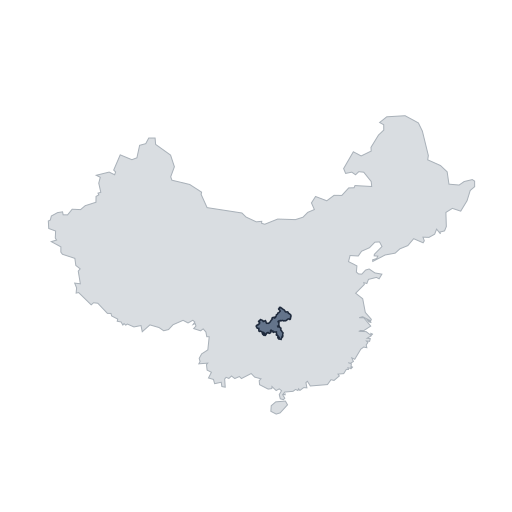 Chongqing on a map of China (Mercator projection), rotated 6°
{"feature_id": "CHN-1154", "entity_name": "Chongqing", "entity_type": "Municipality", "adm_level": 1, "iso_a3": "CHN", "parent_name": "China", "parent_adm1": "", "projection": "mercator", "projection_center": [107.845, 30.195], "detail": "fine", "context": "in_parent", "style": "filled", "palette": "slate", "viewbox_px": 512, "rotation_deg": 6, "n_neighbors": 0, "source": "natural_earth", "source_scale": "10m", "svg_char_len": 8827}
<svg xmlns="http://www.w3.org/2000/svg" viewBox="0 0 512 512"><g transform="rotate(6 256 256)"><path d="M282.0,387.1L273.0,383.6L272.2,379.7L273.8,377.6L267.4,376.6L263.5,373.4L254.3,379.4L252.1,377.6L247.7,380.1L244.2,377.9L241.8,380.6L238.9,379.8L237.7,381.6L239.1,389.7L235.7,389.4L234.6,385.2L228.2,387.3L226.6,383.2L221.5,382.3L223.8,376.3L219.3,374.6L218.1,369.2L219.2,367.6L210.4,369.2L211.4,366.8L210.2,363.7L212.2,359.0L217.9,354.4L217.9,341.2L215.5,341.4L214.1,336.8L211.1,334.0L208.7,336.2L201.6,334.7L203.6,331.9L202.6,329.6L200.6,330.7L202.1,328.1L199.9,326.5L195.4,329.7L190.2,327.6L180.7,333.0L176.7,338.3L172.0,340.0L167.1,337.3L157.7,335.6L150.8,343.2L148.9,337.2L142.0,339.3L135.1,337.1L133.7,338.4L131.8,337.0L130.8,338.6L128.7,335.7L124.8,335.4L125.1,333.2L118.7,330.7L117.8,328.3L114.2,328.6L103.6,319.5L99.3,319.5L97.2,321.8L83.4,310.9L81.0,311.7L80.9,306.4L78.5,301.9L84.2,302.0L80.8,289.6L82.5,287.2L77.8,284.2L76.1,277.3L63.3,274.5L61.5,272.5L61.0,267.3L50.9,263.1L56.0,261.0L54.5,259.1L54.1,252.1L47.0,250.3L45.8,242.9L47.7,241.7L48.3,237.6L54.1,233.6L59.0,232.3L59.9,235.2L64.3,234.8L68.3,228.7L76.7,228.2L80.9,223.8L91.2,219.3L90.7,213.5L93.3,211.6L92.3,210.0L95.0,208.9L92.0,200.0L92.9,194.0L88.7,192.4L101.2,187.9L106.9,190.0L107.6,187.1L105.5,185.4L110.4,169.6L122.5,173.2L127.3,170.8L128.7,158.1L134.6,155.8L137.0,149.9L143.3,149.2L144.5,155.5L160.5,164.6L165.5,175.8L162.9,186.1L164.4,189.4L182.6,191.8L195.2,198.2L195.0,200.5L202.3,213.0L237.5,214.7L242.0,218.3L252.7,222.0L258.1,220.9L258.1,222.9L261.4,223.5L273.7,217.0L291.4,215.7L298.7,212.5L302.9,207.2L309.2,203.7L305.6,197.4L309.0,190.6L320.6,193.7L327.3,187.5L335.0,186.8L341.1,178.6L346.4,177.9L347.1,175.6L363.8,174.8L362.8,169.9L354.4,161.4L349.4,161.4L346.5,164.8L342.5,162.6L336.5,164.5L334.0,159.9L341.9,142.2L350.1,145.5L359.6,139.6L359.0,135.9L365.2,122.9L369.9,117.4L369.3,112.1L365.0,110.3L371.5,103.9L389.6,100.9L403.6,106.7L408.4,114.4L416.9,138.1L416.7,142.4L430.1,146.8L437.3,152.3L440.4,164.4L450.6,164.2L455.2,160.2L463.1,157.4L465.6,158.7L466.2,164.2L462.2,168.4L460.1,179.0L454.9,190.0L446.3,188.1L440.3,192.8L442.2,206.8L440.9,211.3L436.4,213.0L437.1,214.7L432.8,210.4L431.4,215.6L426.1,219.4L420.1,219.8L421.8,223.3L420.8,225.4L411.0,222.3L405.9,229.8L398.4,233.8L394.1,238.6L384.3,241.5L372.7,249.2L372.4,247.6L376.3,245.9L377.2,243.4L373.5,243.5L373.5,242.0L380.3,233.4L377.4,229.1L372.8,229.8L368.0,235.9L360.5,240.2L357.7,245.3L349.5,245.7L348.6,251.9L357.4,255.3L357.5,261.5L359.8,263.1L363.1,263.0L366.5,258.5L369.9,257.1L376.0,260.4L383.1,260.9L380.8,265.8L378.0,264.7L370.3,267.5L369.1,271.8L366.0,271.2L366.7,273.0L359.0,282.6L366.6,287.4L370.6,300.7L377.3,306.9L376.9,308.5L368.3,305.2L365.0,306.6L369.7,306.2L377.4,313.7L370.9,319.0L367.8,319.1L366.1,320.2L373.4,319.7L379.1,323.2L375.1,326.2L378.3,326.2L377.9,329.0L374.7,329.0L376.3,330.4L374.9,332.9L375.8,335.6L372.6,335.3L369.9,337.8L365.0,348.4L361.9,347.3L363.9,350.8L361.0,352.9L358.8,352.4L362.1,353.3L362.1,358.0L359.1,357.5L359.8,359.2L357.7,359.3L355.5,363.8L349.9,364.9L351.4,366.6L346.6,371.6L343.5,371.2L340.5,376.4L323.6,379.6L320.2,375.2L318.9,376.7L320.4,381.8L317.2,381.9L313.7,385.1L312.2,383.6L311.8,385.4L309.3,384.6L307.0,386.7L298.8,388.3L297.0,391.2L299.5,394.4L298.3,396.0L295.1,395.5L293.6,391.4L295.5,387.3L293.0,385.7L290.1,387.7L285.5,384.1L285.6,386.2L282.0,387.1ZM300.4,397.2L302.9,400.7L296.4,409.5L292.6,411.1L287.0,408.9L286.8,403.3L290.9,399.0L300.4,397.2ZM377.6,310.2L375.2,309.7L373.1,307.7L374.8,308.1L377.6,310.2ZM380.5,321.6L378.7,322.0L378.3,321.0L380.5,321.6ZM363.6,356.4L362.7,357.6L362.8,356.1L363.6,356.4ZM297.9,390.8L299.5,390.2L299.4,391.1L297.9,390.8Z" fill="#d9dde1" stroke="#a8b0b8" stroke-width="1"/><path d="M280.9,315.8L281.1,315.7L281.7,315.2L281.8,315.0L281.9,314.8L281.7,314.6L281.9,314.3L282.2,314.0L282.2,313.8L282.5,312.7L282.4,312.4L282.5,312.3L283.4,311.7L283.5,311.5L283.5,311.1L283.7,310.7L283.7,310.4L283.8,310.3L284.4,310.1L284.6,310.0L285.0,309.6L285.3,308.9L285.7,308.6L285.8,308.4L285.8,308.2L285.7,308.0L285.6,307.8L285.5,307.6L285.1,307.3L284.2,306.7L284.0,306.3L284.4,305.8L284.6,305.5L284.7,305.4L285.0,305.4L285.0,305.2L284.7,304.9L284.7,304.7L284.9,304.6L285.8,304.5L286.2,304.7L286.8,305.2L287.4,305.4L287.6,305.7L288.3,306.1L288.7,306.2L289.5,306.6L289.9,306.9L290.3,307.3L290.8,308.2L291.0,308.4L291.4,308.5L293.0,308.3L293.2,308.2L293.6,308.4L293.9,308.7L294.1,309.0L294.1,309.6L294.3,309.7L294.8,309.8L295.5,310.0L295.7,310.3L296.6,310.8L296.7,311.0L297.0,311.5L296.9,312.1L297.1,312.5L297.1,312.8L296.8,313.0L296.7,313.2L296.7,313.4L296.7,313.5L296.9,313.9L296.9,314.2L296.8,314.5L296.8,314.9L296.8,315.1L296.5,315.5L296.3,315.6L295.9,315.6L295.7,315.4L295.6,315.2L295.3,315.0L295.1,315.1L294.2,315.5L293.6,316.0L293.5,316.4L293.1,316.7L292.9,316.9L292.8,317.0L292.6,316.9L292.1,317.3L291.8,317.5L291.5,317.5L291.3,317.5L291.0,317.3L290.9,317.3L290.3,317.6L290.1,317.7L289.9,317.6L289.7,317.4L288.8,317.3L288.6,317.4L288.4,317.5L288.2,317.7L287.8,317.8L287.2,318.0L287.0,317.9L286.9,317.9L286.9,317.6L286.7,317.6L286.4,318.0L286.1,318.2L285.2,318.3L285.0,318.5L284.8,319.0L285.0,319.3L285.8,319.6L285.9,319.9L285.9,320.1L285.8,320.8L285.8,321.2L286.0,322.1L285.8,322.6L285.9,323.1L285.7,323.3L285.2,323.3L284.9,323.5L285.0,323.6L285.2,323.8L285.2,324.2L285.3,324.3L285.5,324.3L285.8,324.2L285.9,323.8L286.2,323.6L286.4,323.3L286.5,323.3L286.7,323.6L286.9,324.3L287.0,324.5L287.3,324.7L287.6,324.8L287.8,324.9L288.2,325.0L288.3,325.1L288.4,325.4L288.2,326.2L288.3,326.4L288.5,326.7L288.5,326.9L288.5,327.1L288.5,327.3L289.2,327.6L289.4,328.1L289.6,328.4L291.0,329.7L291.0,329.8L290.9,330.0L290.8,330.6L290.7,331.0L290.8,331.7L290.8,331.9L291.0,332.1L290.9,332.4L290.9,332.7L290.6,332.9L290.5,333.0L291.0,333.2L291.0,333.3L290.9,333.7L290.8,333.9L290.5,334.1L290.3,334.3L290.1,334.5L289.9,335.5L289.7,335.8L289.7,336.2L289.7,336.3L289.2,336.2L289.0,336.3L288.7,336.3L288.4,336.2L288.1,336.2L287.6,336.1L287.3,336.2L287.2,336.1L287.6,334.5L287.3,334.3L287.2,334.2L286.9,334.1L286.7,334.2L286.6,334.3L286.8,334.7L286.8,334.9L286.9,335.2L286.9,335.3L286.6,335.3L286.4,335.3L286.3,335.2L286.2,335.0L286.2,334.8L286.2,334.5L286.2,334.0L286.2,333.3L286.2,333.1L285.9,332.8L285.7,332.9L285.0,332.7L284.5,332.5L284.4,332.4L284.4,332.1L284.5,332.0L284.7,331.8L284.8,331.7L284.5,331.1L284.5,330.7L284.3,330.0L284.2,329.7L284.2,329.4L283.3,329.6L282.6,329.5L282.1,329.7L281.5,330.1L281.3,330.2L281.2,330.2L280.7,329.7L280.7,329.0L280.7,328.9L280.1,328.9L279.9,328.9L279.7,328.7L279.1,328.6L279.0,328.4L278.8,328.2L278.7,328.1L278.4,328.4L278.3,328.6L278.2,329.0L278.2,329.3L278.3,329.5L278.7,329.9L278.8,330.0L278.7,330.1L278.5,330.4L278.5,330.8L278.4,330.9L277.4,331.5L277.2,331.6L276.9,331.5L276.4,331.0L276.2,330.8L275.8,330.9L275.5,330.9L275.4,331.0L275.1,331.6L274.9,331.7L274.7,331.5L274.3,331.8L274.2,332.0L274.3,332.6L274.3,332.8L274.2,333.0L274.0,333.3L273.8,333.2L273.7,333.3L273.6,333.5L273.6,334.0L273.2,334.1L272.9,333.8L272.6,333.8L272.3,333.9L272.3,333.7L272.5,333.4L272.7,332.9L272.8,332.8L272.4,332.0L271.8,331.4L271.7,331.3L271.6,331.5L271.7,331.9L272.0,332.3L272.0,332.6L271.9,332.9L271.8,333.1L271.8,333.3L271.8,333.5L271.7,333.7L271.2,333.4L270.8,333.1L270.5,332.6L270.3,332.1L270.2,331.7L270.2,331.1L270.0,330.9L269.7,330.7L269.3,330.7L269.2,330.7L268.6,330.3L268.4,330.2L268.3,330.3L267.5,330.7L267.3,330.7L267.0,330.5L266.8,330.4L266.7,330.1L266.6,329.9L266.6,329.5L266.5,329.1L266.6,328.8L266.4,328.6L266.4,328.3L266.4,327.8L266.4,327.7L266.2,327.7L266.1,327.9L265.6,327.8L265.0,327.7L264.7,327.6L264.5,327.4L264.4,327.3L264.4,326.9L264.3,326.7L264.1,326.5L263.8,326.4L263.6,326.0L263.5,325.7L263.6,325.4L263.7,325.2L264.1,324.9L264.2,324.6L264.4,324.5L264.6,324.6L264.9,324.3L265.0,324.3L265.3,324.3L265.4,324.1L265.4,323.8L265.5,323.6L266.0,323.3L266.3,323.2L266.5,323.1L266.5,322.9L266.4,322.7L266.5,322.5L266.7,322.1L266.6,321.9L266.2,321.6L265.8,321.3L265.5,321.1L265.4,321.0L265.4,320.8L265.4,320.7L265.5,320.6L266.0,320.4L265.9,320.1L266.1,319.9L266.5,320.0L266.6,319.9L266.5,319.6L267.1,318.7L267.3,318.7L267.6,318.9L267.8,319.0L268.4,319.1L269.3,319.4L269.6,319.6L269.7,320.0L270.0,320.2L270.1,320.4L270.3,320.3L270.4,320.1L270.5,320.0L271.1,320.0L271.3,319.9L271.3,319.7L271.6,319.6L271.9,319.7L272.1,319.5L272.2,319.4L272.3,319.6L272.5,319.8L272.7,320.0L272.8,320.6L272.9,320.8L273.0,321.0L273.2,321.4L273.4,321.7L273.5,321.7L273.6,321.8L273.9,321.9L274.3,321.7L274.5,321.7L275.0,321.6L275.4,321.7L275.5,321.7L275.9,321.3L276.2,321.0L276.6,320.5L276.9,320.2L277.2,319.5L277.9,318.2L278.0,318.0L278.2,317.9L278.6,317.3L278.7,316.9L278.4,316.5L278.4,316.2L278.5,316.0L278.8,315.6L279.0,315.5L279.2,315.4L279.6,315.5L279.8,315.4L280.0,315.3L280.3,315.0L280.7,315.6L280.8,315.7L280.9,315.8Z" fill="#64748b" stroke="#1e293b" stroke-width="1.5"/></g></svg>